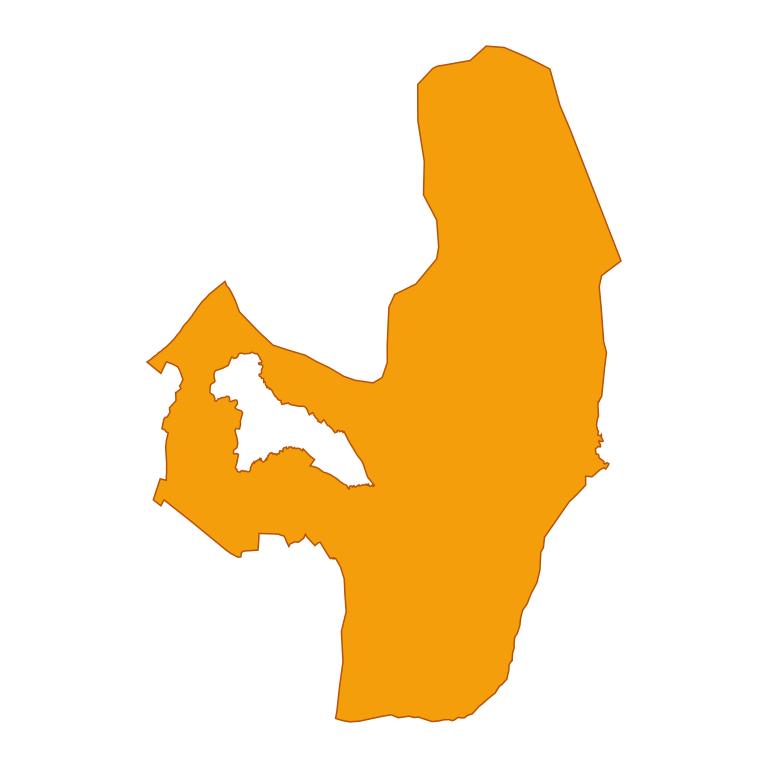 the district of Ohaukwu, Ebonyi, Nigeria
{"feature_id": "59680162B24000905354670", "entity_name": "Ohaukwu", "entity_type": "district", "adm_level": 2, "iso_a3": "NGA", "parent_name": "Nigeria", "parent_adm1": "Ebonyi", "projection": "natural_earth1", "projection_center": [7.913, 6.539], "detail": "fine", "context": "isolated", "style": "filled", "palette": "amber", "viewbox_px": 768, "rotation_deg": 0, "n_neighbors": 0, "source": "geoboundaries", "source_scale": "gbopen_adm2", "svg_char_len": 6125}
<svg xmlns="http://www.w3.org/2000/svg" viewBox="0 0 768 768"><path d="M336.9,711.0L335.6,718.5L342.5,720.5L349.9,721.9L359.8,721.1L382.2,716.3L391.2,714.8L398.2,717.7L409.3,716.2L413.8,717.5L418.4,717.1L432.0,721.6L439.9,720.8L443.9,719.8L449.1,719.6L452.1,720.7L454.1,720.1L458.2,717.4L461.0,717.9L464.6,717.8L467.5,715.4L472.2,713.9L474.8,711.2L478.9,706.4L481.7,704.4L488.4,698.4L495.1,693.1L499.6,685.9L501.7,684.8L506.8,679.2L508.9,669.8L509.0,665.1L509.7,663.6L511.1,661.8L511.8,660.1L512.2,660.3L512.5,653.7L514.2,647.3L514.0,644.6L514.7,637.5L517.4,633.1L519.8,625.6L520.7,617.6L522.7,610.1L527.2,603.7L531.1,593.6L536.9,582.6L539.9,570.1L540.8,552.2L543.4,547.6L544.5,537.3L569.0,502.0L576.8,494.5L585.7,485.1L585.6,476.2L592.0,476.8L600.4,469.5L603.9,467.8L605.7,469.0L608.4,465.2L608.8,463.6L606.7,462.7L604.9,464.0L603.8,463.3L604.0,461.8L602.5,460.3L599.1,457.9L598.6,454.7L597.7,454.2L596.1,454.1L595.5,449.9L595.6,448.8L598.4,446.4L600.1,447.0L600.5,446.5L600.5,445.1L598.7,441.2L599.1,440.6L601.2,441.6L602.5,441.5L603.2,441.0L601.4,437.3L601.0,436.9L601.6,435.7L601.3,434.7L601.1,435.3L600.0,435.6L597.7,435.0L598.5,431.1L597.4,429.9L596.5,425.1L597.4,418.8L598.5,416.2L597.9,405.2L598.3,401.5L598.9,401.8L600.2,398.8L601.4,397.0L601.8,395.3L604.7,366.6L606.5,352.6L603.7,342.0L601.3,309.3L599.2,286.7L601.6,275.6L621.0,260.9L569.9,129.0L559.9,105.4L549.9,69.0L525.6,56.6L504.2,47.5L486.2,46.1L470.1,60.5L437.0,66.3L432.7,68.5L417.7,84.5L417.9,121.0L424.3,161.4L423.5,194.9L436.7,220.1L438.7,247.0L436.7,258.8L415.9,284.0L394.7,294.5L388.9,307.3L387.2,344.9L387.3,362.4L382.2,377.5L373.1,382.9L355.2,380.3L343.9,376.4L329.4,367.8L315.9,361.3L305.2,355.2L288.1,350.1L272.9,345.1L259.3,332.4L239.5,311.9L234.7,299.2L230.6,291.0L228.9,288.2L226.6,285.7L225.0,281.4L209.0,294.5L207.4,296.4L201.7,302.2L197.2,308.2L191.0,317.2L187.0,322.2L185.4,323.8L183.1,326.5L180.6,330.9L179.2,332.7L177.3,334.8L174.6,338.4L170.8,342.4L166.4,346.7L163.6,348.8L161.3,351.0L158.5,352.7L156.6,354.8L154.3,356.3L149.8,360.1L147.0,362.0L160.9,373.4L166.4,361.8L172.8,364.2L177.7,366.8L179.8,370.6L183.0,379.5L180.7,384.5L179.5,385.9L180.9,388.6L180.7,389.0L176.8,391.9L176.5,392.5L175.6,392.5L176.0,400.7L169.5,407.8L169.6,410.5L170.2,412.0L167.1,417.1L164.9,417.5L163.8,419.3L161.9,428.8L164.6,429.7L166.2,431.9L168.2,432.9L166.4,440.3L165.7,447.1L166.6,462.4L166.6,473.0L166.3,476.3L166.3,480.3L160.2,478.8L153.3,499.8L160.9,505.8L164.0,499.9L191.8,521.9L226.4,550.3L230.7,553.4L238.0,557.2L240.8,556.9L241.4,552.8L243.2,551.1L258.0,550.1L258.9,538.5L258.9,533.5L274.2,533.9L278.3,534.2L284.4,536.3L287.0,542.7L288.9,546.5L290.1,544.0L294.8,541.8L298.5,542.2L303.7,538.2L305.5,534.2L306.8,536.8L314.8,545.6L317.0,544.0L317.6,543.2L320.1,542.2L328.5,556.0L330.3,558.6L332.5,558.0L332.9,558.9L333.3,558.9L333.7,557.9L334.8,558.8L335.6,558.3L340.5,567.0L344.2,578.8L345.0,595.3L346.2,611.7L341.4,631.3L343.0,661.9L339.6,686.3L336.9,711.0ZM253.5,353.0L255.9,353.9L257.3,353.6L260.2,358.3L260.0,358.9L261.4,360.3L261.7,361.2L261.4,363.0L259.6,362.6L258.7,363.0L258.6,364.1L259.5,364.6L262.1,365.0L262.7,365.7L262.8,367.1L261.5,369.6L261.5,373.4L259.1,374.4L259.2,375.8L259.9,376.4L260.7,376.6L261.6,378.4L263.5,378.4L263.7,382.3L264.8,381.8L265.2,382.5L265.5,384.7L266.7,386.2L266.6,387.5L267.4,387.7L268.0,387.2L269.1,388.2L269.3,389.1L270.3,388.7L271.7,390.2L274.9,396.1L276.7,397.3L277.3,398.7L278.6,400.0L281.0,400.5L281.0,402.3L282.0,404.3L284.3,404.0L286.0,403.2L286.6,403.6L287.3,403.1L288.3,402.8L289.1,403.8L290.9,404.7L299.4,406.3L302.4,406.2L304.9,406.7L306.7,408.8L309.3,414.8L312.6,412.7L315.4,417.2L318.3,420.5L317.9,421.2L321.1,422.9L323.8,419.8L325.0,421.2L327.5,425.5L328.6,425.6L332.1,428.8L334.8,432.7L337.4,431.8L337.1,430.7L338.8,430.3L339.7,431.7L342.5,430.9L343.0,432.5L344.1,431.7L348.8,441.1L352.6,447.5L357.1,455.0L362.0,461.3L363.0,463.5L367.7,477.2L374.4,485.4L373.2,486.5L372.2,485.1L371.1,486.0L369.8,486.4L369.4,485.6L368.7,485.5L368.8,484.5L368.3,483.9L367.5,485.0L366.9,485.4L366.5,484.3L365.2,484.3L364.0,485.2L362.7,484.8L360.1,485.9L359.1,485.9L359.0,484.9L357.5,485.6L355.9,487.0L354.8,486.9L354.0,485.7L352.9,486.1L353.0,486.8L352.7,487.0L352.3,486.9L351.6,486.0L350.2,486.0L349.7,486.4L349.3,487.2L349.4,487.9L349.1,489.1L348.8,489.0L347.8,487.6L346.8,485.6L343.6,483.9L339.6,481.2L338.4,480.0L336.6,478.6L330.2,474.5L329.1,474.2L326.1,472.8L323.7,472.3L318.1,468.2L315.6,467.1L310.1,465.8L314.6,459.5L310.5,456.5L303.1,448.9L302.4,450.7L299.5,448.5L297.2,448.2L296.4,448.5L295.2,448.4L294.5,447.5L293.4,448.5L292.7,448.2L291.5,446.9L289.0,447.0L288.5,448.1L286.7,448.7L286.5,447.1L283.8,447.9L282.8,449.5L283.0,451.5L282.2,451.4L280.7,450.8L279.7,450.9L279.0,453.7L277.1,453.9L276.9,454.6L276.6,454.9L276.2,454.7L275.7,453.9L274.6,454.0L273.7,453.6L273.0,454.1L271.8,452.7L269.9,453.2L268.4,455.3L267.9,455.7L268.1,456.4L267.5,457.5L266.9,457.8L266.6,458.5L266.9,459.4L266.7,459.9L265.9,459.2L264.9,460.8L264.0,461.7L263.3,462.0L261.7,461.1L261.0,458.4L259.8,458.3L259.8,460.0L258.9,459.5L257.5,460.1L256.4,461.4L255.7,461.2L254.4,463.1L253.9,461.8L252.2,464.0L250.5,467.8L250.4,470.0L249.1,471.7L247.7,471.9L246.5,471.1L245.8,471.0L244.9,471.5L243.5,470.7L242.8,471.1L242.1,470.6L240.5,471.3L240.0,472.3L237.3,471.4L236.9,469.5L236.0,468.8L235.4,467.5L236.6,463.7L238.5,454.7L237.3,453.6L234.3,453.8L233.5,453.5L233.7,450.1L236.8,447.8L237.8,443.4L236.7,437.0L235.0,430.9L235.7,428.9L236.6,428.5L239.5,429.0L240.6,424.2L240.3,421.0L242.7,412.8L241.2,410.8L237.6,409.7L235.8,408.6L235.2,407.5L235.9,406.1L237.4,404.0L237.4,401.9L236.8,400.4L235.6,399.9L230.4,401.6L229.5,400.8L229.6,397.9L228.7,396.4L226.8,396.3L225.1,397.4L221.5,397.6L220.5,398.4L218.3,398.9L216.6,400.8L216.0,401.1L215.1,401.0L214.7,400.2L214.9,398.5L213.5,395.1L210.5,393.3L209.9,392.7L210.2,386.9L210.6,384.7L211.7,383.8L214.7,381.9L214.9,380.6L213.9,375.9L214.3,372.8L215.4,370.7L222.7,368.2L228.2,365.4L231.6,357.1L232.5,357.3L233.7,358.5L236.4,357.9L238.0,356.1L238.6,354.2L240.1,353.2L242.4,353.2L243.7,353.9L249.8,353.4L250.8,352.8L252.5,352.2L253.5,353.0Z" fill="#f59e0b" stroke="#b45309" stroke-width="1.5"/></svg>